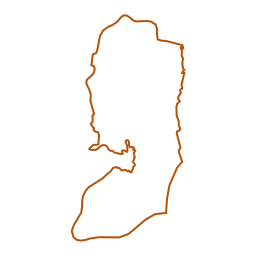 map outline of West Bank (Mercator projection)
{"feature_id": "WEB+00?", "entity_name": "West Bank", "entity_type": "state/province", "adm_level": 1, "iso_a3": "PSE", "parent_name": "Palestine", "parent_adm1": "", "projection": "mercator", "projection_center": [35.24, 31.944], "detail": "fine", "context": "isolated", "style": "outline", "palette": "amber", "viewbox_px": 256, "rotation_deg": 0, "n_neighbors": 0, "source": "natural_earth", "source_scale": "10m", "svg_char_len": 2447}
<svg xmlns="http://www.w3.org/2000/svg" viewBox="0 0 256 256"><path d="M126.5,15.5L128.6,16.6L133.2,20.4L136.1,21.4L146.1,21.0L150.9,21.5L155.6,24.5L157.0,28.9L157.0,34.8L157.8,39.5L162.0,40.8L165.8,40.9L169.5,41.9L182.4,45.2L182.9,46.7L183.2,48.4L182.2,48.4L182.2,47.1L181.0,47.1L181.0,48.4L181.9,50.2L181.7,55.9L183.2,58.7L182.5,60.9L182.4,64.5L183.0,68.1L184.3,70.3L183.5,70.8L182.9,71.3L182.5,72.0L182.2,73.0L184.3,73.0L182.2,81.9L181.5,84.9L182.2,87.2L182.2,88.6L180.9,89.2L180.2,90.1L180.2,91.1L181.0,92.3L178.3,96.9L178.2,99.1L179.9,101.4L177.2,103.6L176.4,106.9L176.7,115.6L178.4,120.0L178.7,122.0L178.8,124.6L179.1,126.1L180.0,128.2L179.9,129.7L179.2,130.6L178.1,130.9L177.1,131.5L176.7,133.0L180.5,148.0L178.8,150.4L178.8,151.8L182.2,161.9L177.1,167.6L173.1,176.9L169.5,185.2L167.0,198.8L166.1,212.7L166.2,213.0L155.2,214.1L146.0,219.3L128.6,233.9L119.2,237.4L99.3,237.2L89.8,238.5L85.7,239.9L81.3,240.6L77.1,240.0L73.6,237.3L71.7,231.0L74.0,224.8L81.2,212.7L82.1,206.6L82.2,201.3L82.9,196.3L85.4,191.3L85.8,190.7L88.7,187.2L102.4,178.5L107.8,173.7L111.1,170.8L113.0,167.9L116.7,167.1L117.5,167.9L119.5,168.1L121.5,170.4L125.7,169.8L127.9,171.3L128.7,170.6L129.3,170.9L129.8,171.8L130.9,172.4L131.6,172.1L131.9,170.5L132.7,169.7L133.2,167.0L134.1,166.2L134.9,165.0L134.4,163.5L133.3,162.4L133.2,161.1L134.1,158.4L134.9,157.3L134.4,156.8L134.2,155.3L133.7,153.1L134.5,151.9L135.2,150.5L134.4,150.0L133.4,149.9L133.1,149.5L134.0,148.1L133.4,147.6L132.8,147.1L132.0,146.9L130.2,147.4L129.2,145.9L128.9,144.6L129.1,142.8L128.3,140.5L126.8,140.1L125.7,140.9L125.6,142.0L126.3,143.5L126.9,145.4L127.4,148.0L127.4,150.9L127.3,151.6L127.0,151.9L124.3,150.4L123.2,150.4L122.2,150.7L122.0,151.6L122.6,152.7L122.6,153.7L120.7,154.0L114.8,152.7L112.3,150.7L110.9,150.9L108.5,149.5L107.0,146.3L105.1,145.2L103.2,145.1L101.9,145.4L100.2,146.3L97.3,149.2L95.0,149.9L93.2,150.0L89.8,149.5L89.3,149.1L89.5,148.4L91.3,146.8L92.7,145.3L94.0,144.9L97.7,144.7L98.4,143.9L99.1,135.0L97.7,132.0L95.5,131.6L93.8,130.2L93.5,129.2L94.1,128.2L93.1,127.3L90.8,124.0L92.6,121.8L92.7,118.9L92.4,115.7L94.1,113.9L90.4,100.9L90.8,94.4L89.2,89.5L87.0,85.1L86.2,82.7L86.8,79.8L93.0,74.1L94.1,71.7L94.7,69.3L94.4,67.3L93.3,65.9L91.3,65.3L91.8,62.8L92.4,56.9L93.0,54.5L93.6,54.0L95.8,53.3L96.4,52.8L97.5,48.9L98.1,45.7L100.0,35.9L103.2,30.4L107.4,27.4L112.2,25.1L117.1,21.9L121.1,17.2L123.4,15.5L126.2,15.4L126.5,15.5Z" fill="none" stroke="#b45309" stroke-width="2"/></svg>